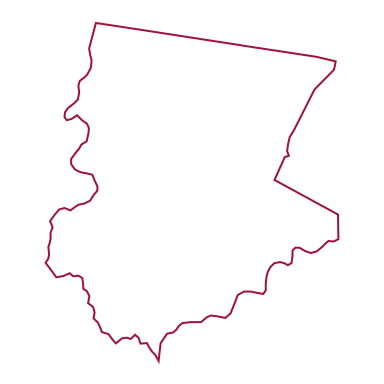 outline of Novo Santo Antônio, Piauí, Brazil
{"feature_id": "56859067B59969967736993", "entity_name": "Novo Santo Antônio", "entity_type": "district", "adm_level": 2, "iso_a3": "BRA", "parent_name": "Brazil", "parent_adm1": "Piauí", "projection": "robinson", "projection_center": [-41.944, -5.288], "detail": "fine", "context": "isolated", "style": "outline", "palette": "rose", "viewbox_px": 384, "rotation_deg": 0, "n_neighbors": 0, "source": "geoboundaries", "source_scale": "gbopen_adm2", "svg_char_len": 1821}
<svg xmlns="http://www.w3.org/2000/svg" viewBox="0 0 384 384"><path d="M158.6,361.0L160.6,343.2L167.1,333.7L173.2,332.4L176.3,329.7L178.8,326.0L182.4,323.1L190.9,322.1L201.1,322.1L206.6,317.4L210.9,315.5L217.1,316.3L225.4,317.9L230.6,313.3L233.7,305.5L237.8,295.0L243.9,291.6L250.4,291.5L256.9,292.8L263.3,294.0L265.8,290.1L265.7,284.0L266.2,279.5L266.8,275.3L268.1,271.2L270.6,266.8L274.5,263.1L280.2,262.1L284.3,263.2L287.9,265.2L291.5,263.0L292.4,257.1L292.6,250.3L295.5,247.6L299.6,247.8L305.0,251.0L310.7,253.0L316.7,251.4L322.6,246.5L325.6,243.3L328.5,241.0L333.5,241.5L338.4,239.2L338.0,214.6L330.4,210.4L274.5,180.0L284.8,157.0L288.9,155.8L287.1,151.0L288.1,144.1L289.7,137.1L293.7,130.7L312.6,93.3L314.5,89.5L334.0,69.7L335.7,61.4L316.9,56.9L243.3,45.7L238.2,44.8L217.2,41.6L112.8,25.5L95.9,23.0L90.6,42.9L89.1,48.6L90.4,55.9L91.6,60.1L90.9,67.7L87.2,74.6L84.1,77.7L79.8,80.8L78.4,85.8L79.2,92.6L77.8,99.6L74.0,103.4L67.9,108.1L65.0,112.3L64.5,117.1L66.7,120.2L71.4,119.0L77.1,115.3L82.1,120.3L86.9,123.7L88.9,128.0L88.5,133.1L86.7,141.3L81.3,144.6L79.2,148.5L75.5,153.0L71.1,159.1L71.2,164.2L74.7,169.2L78.6,171.5L83.1,172.8L86.8,173.3L92.4,174.8L94.4,180.0L97.5,186.6L97.2,191.0L93.9,194.6L90.1,200.7L84.2,203.6L78.6,204.7L75.1,206.9L70.5,210.4L64.4,208.0L59.2,209.5L54.3,215.2L50.1,221.2L52.6,227.1L50.5,233.0L50.6,238.2L49.9,242.3L48.4,246.8L49.1,254.5L48.3,258.6L45.6,262.8L49.3,267.7L52.7,272.3L56.3,277.3L63.5,276.0L69.7,273.2L73.2,276.3L78.2,275.6L82.3,278.0L83.2,284.8L83.3,288.8L86.9,291.2L89.4,296.1L88.1,303.1L93.2,307.1L94.6,312.7L93.5,318.3L97.8,322.5L99.6,326.2L101.9,332.1L108.5,334.1L112.4,339.4L115.8,343.4L122.1,338.3L127.2,337.7L130.6,339.0L135.1,334.8L138.6,337.9L140.5,343.6L146.9,343.1L149.3,347.6L151.8,351.3L155.3,355.0L158.6,361.0Z" fill="none" stroke="#9f1239" stroke-width="2"/></svg>